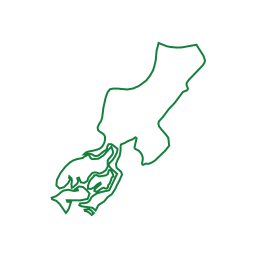 map outline of Hồ Chí Minh city (Natural Earth projection), rotated 71°
{"feature_id": "VNM-501", "entity_name": "Hồ Chí Minh city", "entity_type": "City", "adm_level": 1, "iso_a3": "VNM", "parent_name": "Vietnam", "parent_adm1": "", "projection": "natural_earth1", "projection_center": [106.809, 10.754], "detail": "fine", "context": "isolated", "style": "outline", "palette": "green", "viewbox_px": 256, "rotation_deg": 71, "n_neighbors": 0, "source": "natural_earth", "source_scale": "10m", "svg_char_len": 3565}
<svg xmlns="http://www.w3.org/2000/svg" viewBox="0 0 256 256"><g transform="rotate(71 128 128)"><path d="M189.6,174.3L191.2,181.0L195.4,185.5L193.7,186.5L191.8,187.7L187.0,197.3L185.2,199.2L183.8,197.9L184.2,195.8L185.0,193.1L185.2,190.6L184.3,188.0L183.3,186.8L182.1,185.8L180.9,183.7L179.7,178.8L179.8,174.4L180.8,166.0L169.7,155.1L167.8,153.2L164.8,154.9L160.7,157.3L156.5,158.6L154.6,155.9L153.4,153.2L150.7,149.6L149.0,147.9L147.4,146.3L144.5,144.7L143.6,145.2L143.4,145.2L139.2,147.9L137.9,149.0L137.0,151.7L138.4,153.4L140.5,154.5L141.6,155.9L142.1,158.3L144.5,165.2L143.8,168.1L142.7,169.4L141.4,170.4L140.2,172.0L138.9,176.0L138.5,178.0L137.4,175.7L137.4,173.5L138.3,166.2L138.4,161.7L137.1,158.3L134.4,155.3L131.4,153.4L128.6,152.6L126.4,152.9L124.3,154.2L122.4,155.8L120.3,157.0L117.5,156.5L115.3,154.5L112.5,151.1L110.1,149.2L100.7,144.6L91.5,138.9L87.5,135.6L85.5,132.4L85.9,129.2L87.3,125.1L91.4,116.0L92.3,110.2L91.8,103.9L89.1,95.4L85.7,90.1L81.7,85.6L77.8,82.7L72.9,79.7L64.6,76.0L57.6,71.4L63.5,64.5L65.4,61.1L67.8,55.7L69.3,50.9L71.6,36.2L83.7,33.3L86.2,33.1L89.5,33.3L91.4,34.7L93.2,37.1L102.3,54.8L104.3,57.7L106.1,58.6L110.2,58.5L111.3,59.3L111.7,60.7L111.6,62.4L111.9,64.5L119.3,75.4L123.5,83.4L129.0,91.5L131.7,96.5L133.8,97.9L136.5,98.1L139.7,97.1L147.7,93.9L150.3,93.1L158.1,94.8L161.7,100.5L167.6,113.2L168.5,117.3L168.6,119.5L168.3,121.0L168.0,121.6L167.7,122.2L167.5,122.6L167.5,123.3L167.7,125.0L167.8,125.5L167.7,125.9L167.4,126.1L166.9,126.3L166.3,126.3L165.4,125.9L163.9,125.0L162.3,124.2L160.7,123.7L158.7,123.6L156.6,123.8L154.8,124.4L153.2,125.1L152.2,125.9L150.3,127.8L149.6,128.2L149.1,128.3L148.2,128.0L140.6,123.3L140.0,123.4L139.2,124.1L140.1,127.0L140.4,132.7L141.1,135.9L141.1,137.0L141.3,140.0L143.0,141.0L145.4,141.8L147.3,142.6L149.3,143.6L151.9,145.2L154.3,147.9L158.2,151.1L162.0,151.8L164.4,150.3L167.2,148.8L170.1,148.8L172.2,150.8L174.6,152.9L177.5,156.1L181.3,159.8L185.3,164.8L186.9,170.1L189.6,174.3ZM166.2,200.7L162.8,199.8L159.9,198.4L157.3,197.8L154.6,199.2L155.8,199.9L156.1,199.9L156.4,199.5L157.5,199.2L160.7,202.7L163.1,207.8L162.9,212.5L158.9,214.4L153.9,212.1L148.6,206.5L144.2,199.8L141.6,194.0L140.8,190.0L140.8,187.1L141.6,180.3L141.4,180.1L140.8,178.4L140.2,174.4L140.9,173.7L144.5,173.0L145.8,172.0L147.4,165.8L145.9,160.1L140.2,149.8L145.0,149.8L147.0,150.5L148.9,152.6L150.9,156.3L152.1,157.8L157.9,159.7L160.6,162.7L161.8,166.5L161.8,170.1L160.3,171.7L159.3,173.4L158.9,176.2L159.4,177.3L161.8,181.3L162.6,182.1L164.8,183.7L165.7,187.2L164.1,190.2L158.9,190.6L158.9,192.3L162.3,192.5L164.0,194.1L166.2,199.2L166.2,200.7ZM179.4,206.0L184.0,209.4L186.3,211.6L188.1,214.4L177.7,217.3L173.5,219.5L170.7,222.9L169.1,222.9L169.1,218.4L168.1,215.0L166.9,212.1L166.2,209.4L166.8,204.8L170.0,199.5L170.7,195.7L169.1,195.7L169.1,199.2L167.3,193.4L169.2,189.7L173.1,187.4L177.5,185.7L181.9,189.2L180.9,196.7L176.4,209.4L177.9,209.4L179.4,206.0ZM173.6,182.9L172.3,185.5L169.5,184.6L166.5,182.2L164.7,180.3L164.4,179.5L162.3,175.6L161.8,175.4L162.3,173.1L164.3,171.1L164.7,169.4L165.6,164.2L164.8,161.9L161.8,160.0L161.8,158.4L164.2,157.7L166.9,157.3L169.1,157.6L169.5,159.4L174.4,163.2L175.5,165.2L176.4,165.8L177.4,166.3L177.9,166.7L178.1,168.6L177.5,169.6L176.7,170.2L176.4,171.0L176.9,173.8L177.8,176.5L178.0,178.8L176.4,180.3L175.2,179.4L174.0,177.0L172.1,172.0L170.7,172.0L171.2,175.1L173.2,179.6L173.6,182.9ZM198.4,190.6L195.3,192.4L193.7,193.7L192.5,195.7L191.1,195.7L191.8,191.7L193.8,189.8L196.0,188.8L196.4,188.6L197.3,188.0L198.4,190.6Z" fill="none" stroke="#15803d" stroke-width="2"/></g></svg>